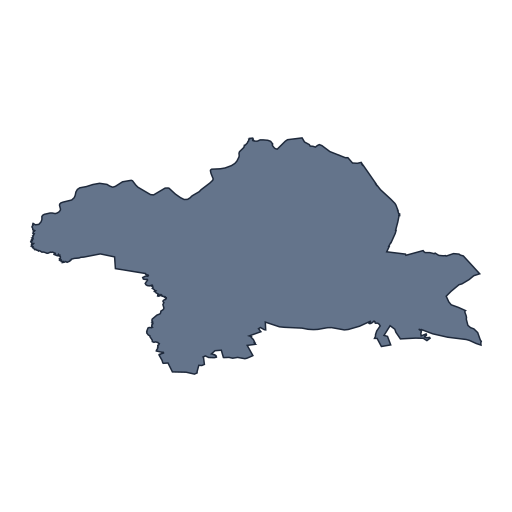 outline of Drabešu pag., Amatas, Latvia
{"feature_id": "27541924B30563541245328", "entity_name": "Drabešu pag.", "entity_type": "district", "adm_level": 2, "iso_a3": "LVA", "parent_name": "Latvia", "parent_adm1": "Amatas", "projection": "robinson", "projection_center": [25.204, 57.242], "detail": "fine", "context": "isolated", "style": "filled", "palette": "slate", "viewbox_px": 512, "rotation_deg": 0, "n_neighbors": 0, "source": "geoboundaries", "source_scale": "gbopen_adm2", "svg_char_len": 6013}
<svg xmlns="http://www.w3.org/2000/svg" viewBox="0 0 512 512"><path d="M361.2,162.4L357.4,163.3L352.5,163.0L347.9,157.7L345.3,157.7L329.9,151.6L321.9,145.6L319.3,144.6L317.4,145.5L315.4,147.1L313.0,146.3L310.2,146.1L309.3,144.6L304.5,142.0L302.1,137.9L287.5,139.7L285.3,141.2L277.2,149.2L275.0,148.5L274.1,147.7L272.5,145.6L272.3,144.9L272.7,144.0L270.6,141.3L267.8,140.3L263.4,139.9L260.1,139.9L257.2,141.2L254.6,141.1L253.7,140.4L253.2,140.8L252.7,140.4L252.6,139.7L253.2,139.0L252.7,138.1L249.5,138.4L249.6,138.9L248.9,139.1L249.1,139.4L248.7,140.0L248.6,141.0L248.0,141.4L247.4,142.9L245.2,145.2L244.4,145.2L243.9,147.4L239.5,151.7L239.0,153.2L239.2,155.9L238.9,157.1L236.9,161.1L234.9,163.4L231.5,165.6L225.0,168.0L220.1,168.8L211.6,169.2L210.6,170.0L210.4,170.7L211.0,173.4L213.2,178.9L212.7,180.3L209.9,183.0L201.1,189.7L199.2,191.7L193.0,195.3L191.5,196.3L190.4,197.6L187.5,199.4L184.1,199.5L180.4,197.6L175.4,194.1L169.0,188.2L168.0,188.0L165.1,188.1L153.6,194.9L150.5,194.6L137.9,187.2L135.8,185.1L132.5,180.8L131.2,180.3L122.5,181.8L115.3,186.4L112.7,187.2L109.6,186.0L107.0,184.4L99.6,183.3L92.9,184.5L86.3,186.6L79.8,187.8L77.4,189.4L75.9,192.0L75.2,195.4L74.2,197.7L71.7,200.0L63.1,202.1L60.9,202.9L59.7,204.1L59.5,205.2L60.5,209.1L60.3,210.3L59.0,211.9L57.2,213.0L55.2,213.6L52.1,213.0L50.1,213.0L44.4,214.3L42.9,215.1L41.9,216.4L41.9,219.5L41.1,221.8L38.8,224.4L35.4,224.8L33.1,223.4L32.7,224.2L33.0,225.4L32.1,226.3L32.0,227.0L32.7,228.3L32.8,229.8L34.8,230.6L34.3,231.3L33.3,231.5L33.3,233.2L32.9,233.3L33.1,233.7L34.2,233.8L33.4,235.4L32.8,235.8L33.2,236.1L32.6,237.2L32.9,237.8L32.0,238.0L32.9,238.9L32.1,239.1L31.3,240.1L31.5,240.4L32.3,240.3L32.4,240.8L31.2,240.9L30.7,241.8L31.7,242.7L31.8,243.3L33.6,243.5L32.9,244.3L31.5,244.6L31.5,245.6L32.0,245.9L31.5,246.2L33.0,246.8L32.5,247.5L33.2,248.1L33.8,248.2L34.0,248.8L35.0,249.8L35.8,249.3L36.8,250.2L38.0,250.3L38.4,251.1L39.6,250.7L42.0,252.2L43.1,252.0L44.8,252.4L47.0,253.3L48.1,253.2L50.4,252.1L51.0,252.4L52.5,252.1L55.3,253.3L55.2,254.2L54.2,253.9L54.0,254.4L57.2,255.7L58.4,255.8L58.0,255.0L58.5,254.3L59.1,255.3L59.6,255.3L59.3,255.8L59.4,256.1L60.3,256.4L60.4,258.0L59.4,258.7L59.7,259.5L59.4,260.1L59.8,260.4L60.7,259.5L61.1,259.8L60.9,260.3L61.5,260.9L61.1,261.4L61.3,261.7L63.2,261.5L62.7,262.5L64.7,262.1L65.7,261.5L67.1,262.3L69.9,261.1L70.2,260.3L70.9,260.2L71.4,259.2L74.3,258.4L79.0,258.0L80.9,257.3L83.8,257.1L100.3,253.9L114.6,256.9L115.4,268.6L145.5,273.5L145.6,274.2L148.3,275.2L148.4,275.5L147.8,276.3L145.8,276.0L142.7,277.5L143.4,279.1L145.5,279.5L147.1,279.3L147.6,280.0L145.2,283.4L145.9,284.7L147.3,285.6L149.5,285.9L150.3,285.5L151.3,286.1L151.8,285.1L152.4,285.2L153.0,287.7L152.3,288.3L154.3,289.7L154.5,290.3L155.8,290.8L154.6,291.6L155.5,291.9L156.1,292.9L158.6,294.2L157.8,294.8L157.7,295.6L158.8,295.0L159.1,295.4L158.8,296.1L159.3,296.0L160.6,295.5L160.5,294.8L160.9,294.5L161.6,294.9L162.2,295.8L162.1,296.2L165.2,296.7L165.5,297.2L165.2,297.4L166.3,297.7L166.3,298.7L165.5,298.9L165.3,299.6L164.6,299.6L163.3,300.5L163.0,301.1L163.0,301.6L163.9,302.6L162.9,304.6L163.9,307.9L163.7,308.9L162.7,310.0L160.9,311.1L160.6,313.0L159.8,314.0L156.9,315.1L152.2,319.1L151.9,320.3L152.4,321.2L151.8,322.1L152.7,322.3L152.4,323.0L152.8,323.5L152.0,324.1L152.4,324.7L151.9,325.1L151.7,326.0L152.3,327.1L151.7,327.0L151.6,327.7L149.1,327.5L148.0,328.0L146.7,331.4L147.0,331.8L146.7,332.9L148.4,335.1L149.8,335.7L150.0,336.8L152.2,340.1L152.3,341.6L153.9,342.3L155.5,341.9L158.0,342.5L158.3,343.2L159.3,343.6L158.7,344.9L157.8,345.3L157.7,346.2L158.1,347.0L157.5,347.9L157.6,348.6L156.4,350.3L156.3,351.0L162.1,352.3L163.1,352.2L163.5,352.8L164.1,352.9L159.8,354.2L160.0,354.5L159.0,354.9L162.1,360.5L162.8,362.9L163.3,363.3L168.0,363.0L172.4,371.9L186.1,372.2L194.5,374.1L197.1,372.9L197.1,371.6L198.8,365.3L201.8,365.5L204.4,364.4L203.5,357.5L203.1,357.0L205.3,355.9L208.7,357.5L214.2,357.7L216.0,357.3L215.8,357.1L216.2,356.6L215.9,356.4L216.1,355.9L215.7,355.5L214.0,354.8L214.2,354.6L211.4,353.9L215.0,350.7L221.3,350.2L223.4,357.5L224.0,357.6L229.0,357.4L232.7,358.2L237.6,357.4L244.9,358.7L247.0,358.2L252.1,356.0L252.9,355.6L247.2,345.4L255.3,344.3L255.0,344.1L255.2,343.5L254.8,343.5L255.1,343.2L254.8,343.3L254.9,343.1L254.3,342.5L254.7,342.3L253.4,339.6L251.2,337.3L251.5,336.7L249.2,335.9L260.9,331.7L258.5,328.7L260.4,327.5L264.3,329.7L265.7,329.9L265.3,322.1L279.4,326.8L284.4,327.3L301.9,328.1L308.2,329.3L313.5,329.6L317.8,329.4L327.3,327.7L331.6,327.6L344.3,329.9L348.2,329.5L359.6,326.2L370.2,321.3L370.4,321.8L370.0,322.4L368.3,322.7L369.4,323.6L370.7,323.5L372.8,322.3L373.5,321.3L374.3,321.2L374.9,321.6L375.0,322.7L375.4,323.2L377.8,323.2L379.1,324.2L380.2,325.9L376.7,331.0L375.5,334.7L375.5,336.3L374.5,338.4L377.1,338.4L381.4,346.5L390.7,344.9L387.5,336.4L384.0,335.4L390.1,325.7L394.8,329.2L395.9,332.3L400.4,338.9L415.6,338.1L423.3,338.3L426.9,340.6L430.1,338.2L429.6,337.4L426.7,337.7L424.6,337.0L424.8,336.2L426.4,335.3L426.5,334.7L426.1,333.9L421.2,335.9L420.8,333.1L421.4,331.9L421.1,330.9L418.7,329.2L421.8,330.0L421.8,329.7L432.7,333.8L447.6,337.2L466.2,339.5L469.4,340.4L476.2,343.5L481.0,345.1L480.8,342.8L481.3,341.4L480.3,340.0L477.7,332.6L473.9,328.9L470.5,327.6L467.9,325.4L466.3,319.2L466.5,317.4L466.1,315.6L464.8,312.0L465.0,311.0L465.5,310.6L458.4,307.4L451.2,304.8L448.8,301.9L446.2,296.2L451.1,291.3L459.0,284.7L461.9,283.9L469.1,279.6L473.8,275.7L479.7,273.8L463.3,255.9L460.4,255.1L459.0,254.1L453.5,253.6L446.1,256.1L445.6,255.6L443.5,255.8L438.8,255.4L435.1,253.1L434.2,253.7L429.8,252.6L425.2,252.6L424.1,251.9L423.1,250.6L405.9,255.3L405.5,254.1L386.7,251.8L389.2,246.5L388.7,246.4L390.7,242.7L391.0,242.8L395.2,233.5L396.1,230.4L395.6,230.3L397.8,222.0L398.9,216.5L398.8,215.6L399.7,215.6L399.6,213.9L398.8,213.9L397.7,210.5L398.0,210.5L395.9,205.0L394.9,203.4L390.8,199.2L380.5,189.7L377.2,185.5L376.8,185.6L375.7,184.0L376.1,183.9L368.4,172.8L363.1,165.2L362.6,165.4L361.9,164.3L362.3,164.2L361.2,162.4Z" fill="#64748b" stroke="#1e293b" stroke-width="1.5"/></svg>